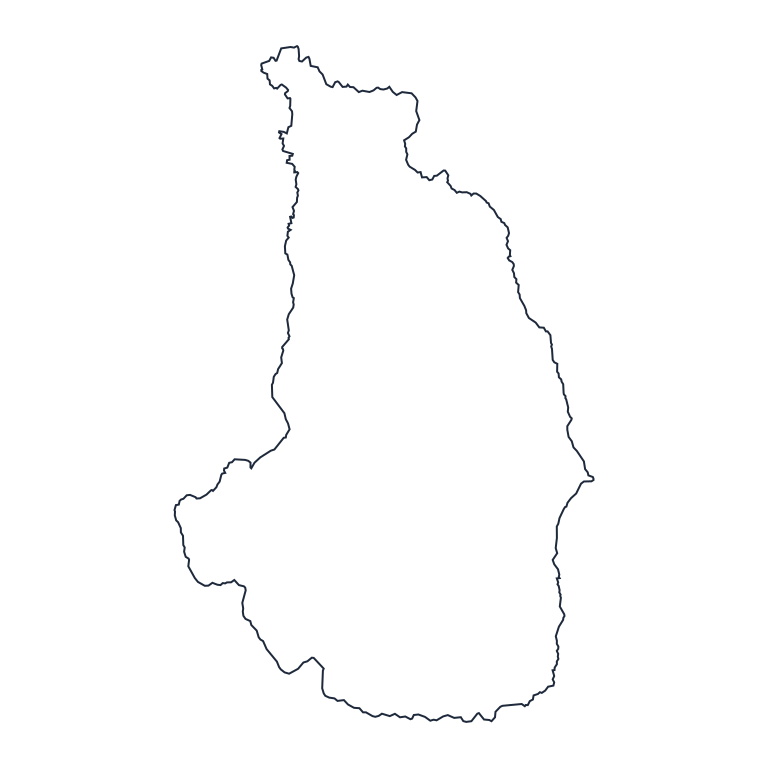 the district of San Lorenzo, Nariño, Colombia
{"feature_id": "7082276B92699344699207", "entity_name": "San Lorenzo", "entity_type": "district", "adm_level": 2, "iso_a3": "COL", "parent_name": "Colombia", "parent_adm1": "Nariño", "projection": "robinson", "projection_center": [-77.226, 1.559], "detail": "fine", "context": "isolated", "style": "outline", "palette": "slate", "viewbox_px": 768, "rotation_deg": 0, "n_neighbors": 0, "source": "geoboundaries", "source_scale": "gbopen_adm2", "svg_char_len": 6054}
<svg xmlns="http://www.w3.org/2000/svg" viewBox="0 0 768 768"><path d="M261.3,70.0L261.4,71.1L263.7,72.7L267.2,74.0L267.5,78.6L269.6,80.4L270.0,84.4L272.2,85.8L274.1,88.4L276.2,87.9L277.1,88.6L280.6,84.9L281.8,84.5L286.1,87.6L288.1,90.0L287.8,91.1L285.1,93.2L284.9,94.4L287.6,98.4L290.0,98.1L290.4,98.7L290.2,105.9L289.5,108.0L292.0,111.3L292.3,114.1L291.3,125.8L288.4,127.2L286.8,133.4L283.8,131.9L279.3,131.2L279.0,132.5L281.5,134.1L279.5,138.1L280.2,138.7L283.3,138.5L282.6,143.4L284.0,145.9L282.4,149.5L283.1,151.0L292.8,153.9L292.3,155.7L289.5,156.0L289.6,159.7L287.1,160.2L286.7,162.8L292.2,163.9L294.7,166.8L294.3,169.4L295.0,171.3L294.3,171.4L294.3,172.4L297.3,172.1L298.2,173.1L296.4,176.6L295.7,179.6L296.4,184.3L295.6,186.9L298.1,189.3L298.4,190.5L297.3,192.5L297.9,195.6L297.1,197.8L296.9,202.0L292.5,207.1L294.0,210.9L293.1,214.1L293.9,215.1L293.7,217.5L292.5,217.9L291.2,216.5L290.1,216.8L291.4,223.2L288.6,223.8L289.1,225.6L287.6,227.5L288.0,228.6L290.6,229.9L287.9,231.7L287.4,235.8L288.7,237.6L286.2,240.5L284.9,246.2L285.3,253.4L287.4,254.6L288.4,259.9L290.1,262.3L290.3,264.4L291.7,265.8L294.2,275.2L292.8,283.4L291.1,288.7L291.5,293.7L292.6,297.3L293.8,298.1L293.1,302.3L293.7,304.5L293.2,307.6L288.8,314.2L287.2,319.5L288.8,330.4L287.9,333.0L289.5,336.3L288.5,337.9L288.9,339.2L282.2,347.0L282.2,348.4L283.0,349.1L283.3,350.6L281.2,357.4L281.9,363.1L278.1,369.1L277.2,373.0L275.5,374.1L273.8,376.8L273.0,382.7L271.9,384.8L272.3,397.1L284.4,413.2L285.8,419.2L288.0,423.4L289.6,429.3L286.2,434.9L285.8,437.5L283.7,437.8L274.4,449.5L270.8,450.7L260.4,457.3L254.5,462.7L251.3,468.3L250.5,467.5L250.5,462.6L248.2,460.8L245.1,459.9L234.6,459.3L232.0,462.2L229.2,462.8L227.3,467.6L224.2,468.5L224.0,470.6L225.2,472.9L222.2,473.6L221.4,474.6L219.6,481.7L217.5,484.4L216.4,487.2L213.0,490.9L211.9,490.0L210.9,490.4L206.5,494.6L200.0,498.3L196.5,498.5L195.6,497.2L190.0,494.9L186.7,495.3L183.4,498.8L181.1,499.5L179.6,500.9L178.8,504.6L175.9,505.1L174.5,510.1L175.0,511.5L174.8,515.4L176.2,520.4L178.1,522.2L180.8,528.1L180.9,532.4L183.0,535.8L183.3,545.1L184.7,547.5L184.1,551.7L185.7,556.8L188.6,558.6L189.1,559.8L188.3,566.3L194.8,578.0L197.9,581.9L204.8,585.8L208.5,585.6L212.4,582.8L217.3,584.7L220.5,585.1L222.7,583.1L225.2,583.4L226.9,582.4L231.1,582.3L234.3,580.0L238.9,585.1L243.9,586.3L245.2,587.6L245.7,590.3L242.3,602.9L243.2,608.5L242.8,611.6L243.4,615.8L245.5,618.9L250.3,621.1L251.3,625.0L256.7,630.6L258.7,637.3L260.4,639.5L263.1,641.1L266.6,649.1L276.9,661.6L279.1,667.1L280.8,669.4L284.6,672.4L289.1,673.7L298.1,668.8L303.4,662.5L307.4,661.3L311.8,657.7L313.7,657.9L323.7,668.6L322.9,670.6L322.2,688.3L323.7,693.3L325.3,695.8L329.2,697.6L334.5,698.4L337.5,700.9L343.9,700.1L348.0,704.5L354.0,707.8L359.4,708.2L363.0,712.3L365.9,712.3L372.5,716.1L375.3,716.8L378.7,715.9L381.9,713.7L389.8,716.1L394.9,713.8L400.0,717.3L405.3,716.5L410.4,719.2L412.1,718.6L413.8,715.0L418.4,714.5L425.0,716.9L430.3,720.7L433.6,719.7L436.6,720.3L443.2,716.4L447.8,715.1L454.2,717.9L460.8,717.2L463.3,721.1L466.2,721.9L471.4,721.2L477.3,713.7L478.9,713.1L484.0,719.5L489.3,720.0L491.5,721.2L495.0,717.3L495.5,711.8L500.3,706.8L502.5,705.8L521.7,704.0L524.8,706.2L525.8,705.0L527.8,705.1L529.8,701.1L532.9,699.5L533.6,695.4L537.9,694.0L539.9,692.2L541.8,692.9L545.2,690.6L548.1,686.7L553.4,685.6L554.2,682.4L552.7,679.4L554.2,676.0L552.6,670.3L554.5,670.1L554.7,667.5L556.9,664.2L556.8,661.5L558.4,658.9L557.8,656.6L558.2,653.9L556.8,650.9L558.2,648.9L558.4,646.6L556.8,643.8L556.9,640.8L555.8,636.3L558.9,626.7L563.1,619.9L563.4,617.7L564.5,616.0L564.2,614.2L559.8,606.5L560.9,597.7L560.2,595.9L560.6,594.7L559.3,592.4L559.6,590.2L558.7,586.0L557.5,584.3L558.2,582.4L556.8,578.4L559.6,578.1L558.8,576.8L559.3,574.6L558.0,569.3L554.2,564.2L552.7,559.9L557.2,553.2L555.7,548.1L556.9,538.0L556.8,526.5L558.3,523.7L559.5,518.1L563.7,509.2L565.0,507.1L566.4,506.6L567.5,502.8L571.0,498.2L576.2,493.5L581.0,483.7L583.9,481.5L591.5,481.3L593.5,480.0L593.5,478.7L592.8,477.0L588.4,475.4L587.7,472.3L585.1,469.1L583.9,461.4L576.8,450.9L573.5,447.4L571.8,441.3L568.6,436.9L567.3,429.8L567.3,426.2L571.4,419.8L571.7,418.3L570.1,416.8L567.8,411.7L568.2,407.5L566.2,399.4L565.4,398.2L565.5,396.1L563.9,394.4L563.6,392.8L563.2,384.2L561.6,381.6L561.2,379.4L558.9,377.3L558.6,373.5L557.1,371.7L557.3,363.8L554.3,362.3L552.7,359.9L552.0,349.0L551.2,346.5L551.9,344.6L551.0,342.9L550.4,335.2L547.6,331.4L545.9,331.4L543.8,327.7L539.3,327.4L535.7,322.6L528.9,318.0L526.3,313.2L526.1,310.3L524.4,306.0L519.9,298.1L519.6,294.5L518.1,292.1L518.7,285.0L516.1,282.6L516.4,279.2L514.3,277.0L514.0,273.3L512.3,269.9L513.9,266.0L513.7,264.1L512.3,262.1L509.2,260.4L507.7,258.0L508.8,256.6L510.4,256.2L509.9,254.9L510.2,250.2L508.1,248.4L506.5,244.8L508.0,241.2L506.6,237.9L508.2,235.8L509.0,233.1L507.7,227.4L505.0,224.9L504.3,223.1L501.4,221.8L500.7,219.1L497.8,217.0L493.9,210.0L489.8,206.6L488.6,203.3L486.6,202.5L486.0,201.1L480.3,196.0L476.2,193.5L473.6,193.5L471.3,195.5L470.4,193.8L466.7,192.2L462.1,192.4L459.4,191.6L456.8,192.8L454.5,190.0L451.6,188.5L450.6,185.9L447.2,182.2L448.0,180.7L447.5,178.4L448.3,175.3L445.2,170.6L443.6,170.5L436.8,175.7L434.2,175.9L432.3,179.5L429.3,180.2L426.7,177.1L422.0,177.4L420.6,172.1L417.6,172.5L415.1,170.0L409.7,166.7L408.2,164.8L406.1,159.8L407.4,154.4L406.2,151.9L406.2,148.4L404.9,146.4L405.2,143.9L404.1,140.3L408.9,137.3L412.2,133.8L415.8,131.6L417.0,124.6L419.4,120.1L416.2,111.1L417.5,101.0L415.5,97.4L411.6,93.3L402.1,92.1L396.6,95.0L392.8,91.9L389.3,86.8L387.3,88.5L383.5,89.5L380.3,89.1L378.1,87.6L376.6,87.8L373.5,90.4L369.5,92.0L362.4,90.7L358.8,92.1L353.5,87.2L350.0,87.0L347.8,84.6L346.5,86.6L342.6,86.9L338.8,82.1L337.6,81.4L335.2,82.2L332.6,87.1L330.7,86.7L326.3,84.2L322.6,74.5L319.5,71.4L317.7,67.3L310.7,65.9L309.4,58.7L308.5,56.9L306.2,57.6L302.0,61.5L299.4,61.0L298.6,59.1L299.1,56.2L298.6,49.0L297.8,46.7L297.0,46.1L294.0,47.6L290.5,47.0L281.2,48.4L276.6,60.6L275.5,60.8L273.6,57.8L271.1,57.4L269.2,60.9L261.6,63.6L261.2,65.1L262.3,69.5L261.3,70.0Z" fill="none" stroke="#1e293b" stroke-width="2"/></svg>